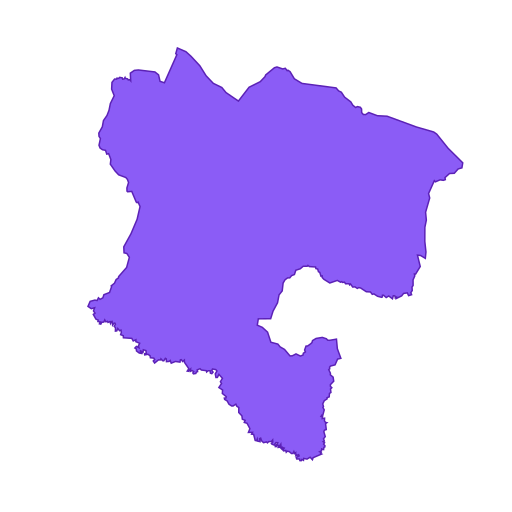 the district of Thung Fon, Udon Thani, Thailand, rotated 103°
{"feature_id": "78962969B54010161704756", "entity_name": "Thung Fon", "entity_type": "district", "adm_level": 2, "iso_a3": "THA", "parent_name": "Thailand", "parent_adm1": "Udon Thani", "projection": "mercator", "projection_center": [103.239, 17.504], "detail": "fine", "context": "isolated", "style": "filled", "palette": "violet", "viewbox_px": 512, "rotation_deg": 103, "n_neighbors": 0, "source": "geoboundaries", "source_scale": "gbopen_adm2", "svg_char_len": 6097}
<svg xmlns="http://www.w3.org/2000/svg" viewBox="0 0 512 512"><g transform="rotate(103 256 256)"><path d="M118.7,75.5L107.8,93.1L96.6,107.3L95.2,110.7L94.2,128.9L90.3,159.7L92.0,169.3L90.8,178.4L93.5,180.9L94.0,183.2L92.5,185.3L89.0,186.2L87.6,187.8L87.6,190.8L88.9,192.3L87.3,195.6L84.5,198.3L81.3,205.4L77.2,209.7L76.5,212.7L74.2,215.8L77.5,250.0L74.7,258.5L68.7,264.3L67.8,266.6L68.4,267.3L66.5,269.7L67.7,272.0L67.1,278.1L68.4,280.4L77.4,287.3L79.3,287.6L85.2,291.1L93.1,300.7L109.0,308.0L103.5,322.0L99.5,327.2L97.4,336.4L91.6,345.2L83.3,353.5L76.0,364.3L72.7,370.2L71.0,379.4L76.9,379.7L77.7,378.4L107.8,384.2L107.4,388.8L101.4,391.7L99.4,395.9L101.2,412.5L102.5,416.3L106.1,419.6L113.5,417.5L112.6,418.7L113.2,420.1L112.3,421.0L112.3,423.3L111.5,423.8L113.2,424.4L113.7,425.7L112.5,426.4L112.6,429.0L113.8,429.7L114.0,431.5L115.0,431.5L115.4,433.6L119.2,435.4L125.9,434.2L131.7,430.2L140.2,432.2L147.1,432.0L152.6,432.8L158.3,435.1L164.7,434.8L171.6,436.8L174.7,435.9L176.6,434.0L183.4,433.9L185.9,432.2L187.0,429.5L186.9,426.4L190.3,424.3L189.4,422.6L194.7,419.1L199.3,418.6L204.9,412.4L207.8,408.1L208.8,400.5L210.3,398.5L213.1,396.7L218.7,397.1L221.8,396.3L222.3,395.5L221.0,391.6L230.3,384.9L230.8,383.9L230.0,383.0L233.9,380.1L247.0,380.1L262.4,382.8L276.8,386.9L282.6,385.3L282.6,382.4L285.8,379.1L296.3,379.5L306.9,385.2L308.3,385.1L310.4,387.0L314.4,387.8L317.7,390.4L318.4,389.8L324.5,390.5L327.9,395.5L331.2,395.8L333.3,398.2L332.2,400.1L335.1,400.8L335.2,403.1L337.5,407.4L342.9,408.4L344.4,404.6L342.7,401.6L346.1,402.0L347.9,400.0L349.5,401.4L353.5,397.8L354.0,395.3L355.4,395.3L355.3,392.9L357.3,393.3L357.3,391.9L355.3,391.4L354.6,389.4L352.3,389.0L353.9,387.5L353.1,386.0L354.0,385.3L352.7,383.6L354.4,382.6L352.5,382.3L352.1,381.5L355.6,380.2L353.3,379.2L353.2,378.3L354.1,377.6L356.4,378.4L357.5,376.8L360.8,376.1L360.3,374.8L357.7,374.4L359.5,372.1L358.6,370.9L360.7,370.0L363.1,370.2L363.5,367.4L365.5,366.8L364.2,358.5L366.4,356.5L364.6,354.2L366.5,353.8L367.2,349.7L370.1,350.4L371.7,349.4L371.0,352.2L372.9,353.3L373.5,351.7L375.4,351.1L376.8,348.0L376.7,345.2L375.7,345.1L375.4,347.1L374.3,347.3L374.9,344.4L372.7,344.7L372.9,342.0L375.4,341.0L376.3,342.6L377.4,342.2L376.1,339.2L377.0,336.8L378.9,336.0L378.5,332.6L379.7,331.4L381.4,332.5L383.1,330.7L379.2,327.7L378.7,325.6L377.6,325.5L379.0,323.5L378.9,322.3L376.1,321.3L376.4,320.3L379.1,319.5L378.3,317.0L377.1,316.1L379.5,314.5L376.9,310.8L376.5,306.2L374.1,306.3L373.8,305.4L375.3,303.8L373.5,302.4L375.7,301.8L380.9,296.1L383.6,297.1L383.5,295.7L380.9,294.3L383.1,293.9L382.0,292.6L382.6,290.7L384.2,291.2L384.9,290.4L384.0,288.2L382.5,288.0L381.8,286.9L380.2,287.7L378.4,285.2L379.4,283.6L378.9,278.6L380.1,278.0L378.6,276.9L378.1,274.9L380.4,274.1L380.6,272.6L378.8,271.7L377.5,273.3L375.9,273.0L375.7,269.7L376.8,268.2L380.0,269.2L383.4,267.7L383.0,266.3L379.7,265.5L382.7,261.2L386.5,262.4L388.0,260.9L392.5,262.6L394.1,258.4L397.5,257.9L399.8,253.3L401.0,253.3L401.6,254.9L402.8,254.3L403.7,251.5L406.5,249.0L407.6,246.0L407.3,244.6L404.9,242.3L406.8,240.8L407.5,238.7L412.4,237.6L414.9,233.8L418.1,232.6L418.6,229.6L420.8,230.0L421.0,227.1L425.6,223.1L429.6,223.7L428.6,219.7L430.6,220.2L430.3,218.2L435.9,215.3L435.9,213.9L434.1,213.6L436.0,212.8L436.0,210.3L433.1,211.4L432.4,210.5L434.9,208.9L436.2,206.6L434.8,204.0L435.5,202.8L434.0,201.9L433.3,199.3L431.5,198.4L433.5,197.8L435.3,198.8L435.8,198.0L436.1,195.9L433.3,194.6L433.0,192.8L434.8,193.1L436.3,194.6L437.4,194.3L437.0,193.1L435.5,192.5L435.4,190.0L433.8,189.5L435.3,189.0L436.5,191.1L437.5,191.3L436.5,187.8L437.9,188.3L438.4,187.3L436.7,186.8L436.8,185.3L439.1,186.0L439.7,185.2L438.8,183.3L440.4,182.4L439.2,181.7L439.1,179.6L440.5,177.0L440.1,175.6L438.0,175.1L439.2,174.3L438.7,173.3L440.0,173.7L440.1,172.3L441.6,172.3L440.0,169.8L441.1,169.0L443.2,171.5L444.6,170.7L444.0,167.9L445.5,167.2L445.2,165.8L443.9,165.5L444.4,163.8L442.5,164.0L442.4,160.6L439.9,158.0L441.8,155.2L439.7,155.0L434.2,147.5L433.9,148.6L432.7,148.3L432.4,149.9L431.0,148.3L429.2,148.6L429.4,146.6L427.1,146.8L426.6,146.0L425.4,146.1L424.1,147.8L422.5,147.2L421.8,148.8L420.9,147.8L418.9,149.1L416.4,147.9L411.9,150.4L410.3,150.1L409.3,148.5L403.7,150.5L402.5,149.5L402.5,150.8L401.3,152.2L398.6,152.7L399.5,154.9L397.7,155.0L397.7,156.6L396.1,156.0L396.2,155.1L390.6,154.9L388.4,156.8L387.5,156.4L385.1,157.7L381.6,156.9L379.2,154.6L378.0,154.9L376.8,153.0L373.4,153.5L372.1,152.3L368.8,153.5L367.3,152.5L366.2,154.2L364.7,154.6L360.5,152.1L356.7,153.6L355.0,156.9L353.5,157.1L350.3,159.6L349.4,158.8L347.7,159.3L346.5,158.7L344.3,154.5L338.1,153.3L336.6,150.3L328.0,155.9L318.9,158.9L321.6,165.3L321.9,167.2L320.8,168.8L320.4,173.1L322.8,178.9L325.7,181.9L327.8,182.0L329.4,183.1L332.1,185.5L332.5,187.0L336.7,187.5L338.3,186.3L340.1,188.0L341.9,187.9L343.5,190.2L342.4,195.0L345.1,198.2L345.7,200.4L340.6,207.2L339.1,212.1L336.9,214.9L336.7,222.1L327.6,227.6L324.1,233.8L323.1,239.2L316.7,239.6L313.8,227.6L305.9,227.0L296.8,224.5L288.7,224.8L284.1,222.6L276.3,223.5L272.7,222.4L270.2,220.3L269.7,218.2L267.1,216.9L265.4,214.4L260.9,214.0L258.5,210.0L255.4,207.7L254.4,203.7L253.5,203.3L254.3,201.6L253.3,195.5L254.8,194.8L254.8,193.0L257.3,191.6L257.6,190.2L261.0,188.2L260.5,187.1L262.0,186.7L263.4,184.7L265.7,178.0L261.5,171.3L262.5,167.7L261.7,166.7L262.3,165.8L261.6,163.9L262.9,162.5L262.1,159.1L263.1,158.3L262.0,157.6L264.5,154.8L263.8,152.6L264.8,150.0L263.7,148.8L263.6,147.0L266.0,140.5L265.3,136.4L267.2,134.1L266.4,132.6L267.9,128.5L268.0,124.3L267.5,123.7L265.8,124.0L265.5,122.9L267.2,119.8L265.1,117.7L267.0,113.4L263.9,113.3L263.6,112.5L263.9,111.4L265.4,110.9L264.5,109.9L265.9,109.8L262.1,105.1L259.3,103.8L257.9,100.3L260.3,98.4L258.7,95.7L256.9,96.9L254.5,96.0L251.2,97.0L249.4,96.3L243.9,97.6L239.7,96.8L237.9,97.6L237.7,96.4L229.3,93.6L218.8,98.9L218.5,95.7L220.2,90.5L213.9,91.3L203.8,94.8L190.1,97.9L182.7,98.1L175.2,100.6L160.4,99.8L156.3,101.9L142.5,99.2L143.4,97.9L140.4,93.8L140.1,90.4L139.0,88.7L137.1,89.5L132.1,86.0L130.8,81.4L125.7,78.6L123.8,75.2L118.7,75.5Z" fill="#8b5cf6" stroke="#5b21b6" stroke-width="1.5"/></g></svg>